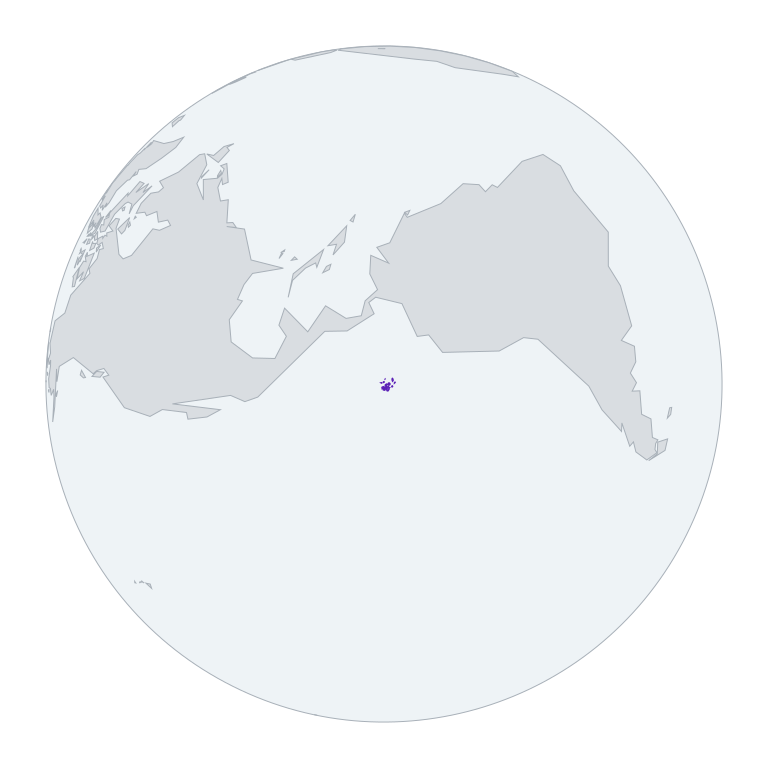 globe centered on Galápagos, rotated 298°
{"feature_id": "ECU-1270", "entity_name": "Galápagos", "entity_type": "Province", "adm_level": 1, "iso_a3": "ECU", "parent_name": "Ecuador", "parent_adm1": "", "projection": "orthographic", "projection_center": [-90.747, 0.131], "detail": "medium", "context": "on_globe", "style": "filled", "palette": "violet", "viewbox_px": 768, "rotation_deg": 298, "n_neighbors": 0, "source": "natural_earth", "source_scale": "10m", "svg_char_len": 8429}
<svg xmlns="http://www.w3.org/2000/svg" viewBox="0 0 768 768"><g transform="rotate(298 384 384)"><circle cx="384" cy="384" r="338" fill="#eef3f6" stroke="#a8b0b8"/><path d="M59.3,477.5L60.0,480.0L60.1,480.3L59.3,477.5ZM456.7,335.9L448.8,332.3L441.4,342.3L413.5,326.5L402.7,307.0L313.2,278.7L303.1,269.4L301.9,253.9L267.1,206.5L284.5,251.6L271.8,243.2L260.9,227.4L266.1,223.0L257.4,200.3L245.5,192.6L241.2,165.9L258.2,132.6L262.6,136.9L266.2,129.4L260.9,124.0L256.5,122.4L261.5,97.3L247.1,89.0L232.5,94.1L243.6,87.8L209.2,104.0L194.9,109.3L217.2,98.9L224.3,94.8L217.7,95.5L223.5,91.5L223.6,90.0L231.1,85.5L243.6,81.0L248.7,78.4L243.7,79.2L248.2,76.2L254.7,75.1L263.1,70.0L285.4,63.9L296.8,68.9L315.4,65.7L343.6,72.4L347.2,69.5L360.1,71.8L369.1,69.7L371.8,72.6L376.7,68.7L372.5,66.5L373.3,64.4L378.2,63.3L382.5,66.3L380.6,67.3L384.4,67.8L384.4,69.9L387.2,68.3L391.8,72.8L394.6,67.0L404.3,69.5L405.4,73.0L395.7,74.3L374.0,89.1L372.0,94.9L379.0,100.7L412.5,107.1L414.3,113.6L423.8,121.1L427.2,116.1L421.0,108.8L429.7,102.5L421.1,95.3L423.4,92.2L418.4,85.1L429.5,84.8L443.0,88.6L447.8,94.8L453.8,97.1L457.7,90.7L474.7,103.1L499.9,113.5L503.1,117.6L494.4,124.6L473.1,124.7L461.7,138.1L479.7,128.5L487.5,140.4L493.2,142.5L498.9,141.9L500.0,137.3L504.9,141.7L489.0,151.7L484.3,147.8L489.4,144.3L479.5,145.0L468.8,153.7L473.6,160.0L452.5,169.6L455.6,174.7L452.8,180.2L449.2,171.2L455.3,188.1L431.1,208.4L439.0,240.8L419.9,216.0L406.1,213.7L389.9,214.9L390.9,220.0L368.1,217.2L349.4,229.3L345.3,255.7L355.3,275.7L380.3,275.4L386.6,263.6L404.3,260.6L394.3,292.2L425.6,295.7L424.1,319.7L433.6,331.9L448.6,328.3L464.3,334.0L474.5,319.8L491.4,311.9L492.9,331.4L501.3,313.5L511.4,322.8L544.3,321.8L542.1,326.3L570.0,349.5L598.0,359.8L604.6,374.3L601.4,383.3L610.7,386.0L610.8,391.9L645.4,401.4L661.3,416.6L659.5,437.3L643.7,460.8L623.4,510.7L593.4,526.7L581.8,546.6L551.6,575.4L533.9,573.1L534.9,587.4L521.8,595.9L509.3,596.4L503.7,606.3L494.2,606.5L498.1,613.1L478.2,625.7L478.5,636.1L462.8,646.1L463.3,652.0L459.0,651.8L453.4,654.0L451.4,657.2L440.3,651.7L442.3,638.3L450.0,631.4L444.4,630.2L461.3,612.3L453.6,616.0L463.5,588.7L478.3,565.8L495.8,498.9L490.5,485.5L467.2,470.2L439.4,420.9L448.3,400.4L441.6,391.0L463.4,362.1L456.7,335.9ZM94.4,274.8L96.4,267.3L97.6,271.5L94.4,274.8ZM96.1,263.1L95.7,265.6L95.7,263.6L96.1,263.1ZM95.1,262.0L95.8,262.8L94.7,262.6L95.1,262.0ZM93.4,261.5L94.4,261.4L94.2,261.7L93.4,261.5ZM438.7,252.1L474.4,267.5L455.5,269.9L458.8,266.8L449.5,260.3L432.5,254.6L415.5,258.7L438.7,252.1ZM91.8,258.3L91.5,257.3L92.7,256.5L91.8,258.3ZM451.6,233.5L445.5,232.4L451.3,232.1L451.6,233.5ZM253.6,122.6L260.2,124.4L262.9,131.3L256.7,130.1L253.6,122.6ZM249.4,111.5L254.1,110.5L249.6,117.4L248.3,115.8L249.4,111.5ZM220.7,99.3L225.0,98.9L218.9,100.8L220.7,99.3ZM222.3,90.6L219.2,92.2L220.6,90.8L222.3,90.6ZM412.6,85.9L415.4,85.6L414.9,87.0L412.6,85.9ZM407.7,83.5L405.1,85.6L402.4,84.7L404.1,83.5L407.7,83.5ZM233.4,83.0L236.6,80.9L235.5,82.2L233.4,83.0ZM411.6,81.3L397.9,83.1L393.3,81.8L395.8,76.2L411.6,81.3ZM239.8,79.1L247.2,75.0L241.1,77.8L262.7,68.6L249.2,74.5L248.9,75.4L245.0,76.7L239.8,79.1ZM369.1,66.4L373.7,68.6L365.3,68.0L369.1,66.4ZM363.5,66.7L336.5,69.8L332.2,66.8L342.1,66.0L332.7,63.6L343.9,60.5L351.5,61.1L352.1,63.5L355.9,60.7L363.5,66.7ZM273.5,64.7L277.1,63.4L275.7,64.0L273.5,64.7ZM372.9,63.5L367.9,64.1L363.7,61.4L373.1,59.8L371.4,61.1L372.9,63.5ZM324.8,64.9L323.4,63.1L332.0,59.9L332.6,58.9L343.7,60.2L324.8,64.9ZM374.9,61.2L377.9,59.2L384.4,59.6L377.6,62.8L374.9,61.2ZM358.7,61.5L357.2,60.3L361.1,60.3L358.7,61.5ZM409.0,61.4L403.0,61.4L400.3,59.9L409.0,61.4ZM378.7,58.4L376.4,58.3L374.7,57.9L378.0,56.8L378.7,58.4ZM349.0,58.2L352.9,57.5L344.9,57.4L351.0,55.6L357.4,57.1L357.2,55.7L359.1,55.2L362.1,57.1L349.0,58.2ZM376.2,54.7L386.3,56.9L397.9,56.7L400.6,57.9L381.4,58.0L376.2,54.7ZM367.7,55.8L373.5,55.3L373.9,56.7L370.1,58.0L367.7,55.8ZM352.9,54.1L341.9,56.4L340.9,56.1L352.9,54.1ZM379.5,54.3L376.9,53.8L380.2,54.1L379.5,54.3ZM361.0,53.6L357.2,54.4L356.2,53.9L361.0,53.6ZM375.1,52.6L378.3,53.1L375.9,53.8L375.1,52.6ZM368.6,52.8L368.0,52.1L373.0,53.7L367.0,53.2L368.6,52.8ZM360.6,53.1L358.8,53.1L362.4,52.9L360.6,53.1ZM382.5,50.1L389.4,52.1L383.9,53.4L378.0,51.2L382.5,50.1ZM457.3,663.3L440.6,653.7L450.6,658.1L461.2,653.0L468.7,660.2L457.3,663.3ZM486.9,650.2L497.1,647.4L498.4,649.0L491.7,651.4L486.9,650.2ZM647.9,172.9L654.9,182.2L656.7,185.7L651.6,181.3L628.2,153.5L627.0,149.2L618.7,140.9L606.6,130.2L607.2,130.4L602.2,126.0L601.5,125.4L625.9,148.0L647.9,172.9ZM263.6,68.3L262.7,68.6L241.1,77.8L240.3,78.1L263.6,68.3ZM228.6,83.9L226.9,84.8L228.6,83.9ZM720.3,350.6L718.3,358.4L713.4,343.8L696.7,298.3L693.7,279.2L685.1,258.2L657.1,186.6L660.2,189.4L659.0,187.7L672.9,208.7L685.1,230.6L695.7,253.4L704.5,277.0L711.6,301.1L716.9,325.7L720.3,350.6ZM677.2,221.1L680.4,227.2L680.5,227.2L677.2,221.1ZM545.3,321.6L549.4,325.3L544.3,325.5L545.3,321.6ZM453.5,277.7L460.8,278.0L464.8,280.9L459.4,282.0L453.5,277.7ZM512.5,277.3L520.4,279.0L512.5,280.6L512.5,277.3ZM479.8,269.6L506.2,276.8L490.7,282.5L474.0,278.4L485.1,276.5L479.8,269.6ZM449.7,244.1L454.3,245.4L453.4,248.8L449.7,244.1ZM455.8,233.4L454.1,233.7L451.5,231.1L455.8,233.4ZM488.4,139.8L489.8,139.2L495.9,139.6L493.8,141.5L488.4,139.8ZM518.6,131.3L525.8,138.7L519.2,134.3L517.6,137.8L501.8,133.7L503.9,119.5L505.8,126.3L518.6,131.3ZM481.3,125.7L491.1,129.0L480.2,126.1L481.3,125.7ZM575.8,106.8L579.2,108.7L585.8,113.6L590.2,118.4L580.8,111.1L575.8,106.8ZM596.6,121.3L599.7,124.6L594.5,119.8L591.4,117.8L582.5,110.7L563.3,98.0L559.7,95.5L565.0,98.9L564.6,98.4L572.9,104.0L581.0,109.4L596.6,121.3ZM520.3,79.4L511.9,76.4L515.1,74.3L522.6,77.5L527.5,81.7L521.5,80.5L520.3,79.4ZM418.7,72.2L415.3,73.0L414.1,71.9L416.0,70.3L418.7,72.2ZM406.4,61.5L432.4,68.4L429.8,69.4L448.2,73.5L448.5,78.0L436.6,75.0L450.5,82.2L439.9,81.3L450.1,86.2L423.6,78.9L414.6,79.1L424.5,76.9L424.5,72.6L421.8,70.8L407.4,66.4L388.1,65.9L385.0,62.4L387.9,60.2L392.1,59.7L392.8,61.9L397.9,59.8L402.1,62.7L406.4,61.5ZM424.2,48.8L423.2,49.3L434.1,50.0L438.4,51.1L439.4,51.1L446.3,52.6L456.5,54.8L457.0,55.3L460.7,56.0L465.4,57.4L470.7,58.8L473.5,60.4L480.2,62.4L477.7,62.1L488.5,65.2L481.7,63.8L487.1,66.1L490.8,66.3L493.0,76.8L499.1,84.0L507.9,91.3L495.1,89.1L478.7,81.5L462.4,72.8L458.4,66.8L453.3,67.5L449.9,65.0L455.3,65.5L444.9,63.5L443.5,61.8L429.0,57.0L414.8,56.2L409.2,54.9L414.0,54.4L405.0,53.6L410.3,52.0L406.4,51.2L407.7,49.4L419.4,49.7L414.1,48.9L414.9,48.2L424.2,48.8ZM383.3,49.6L396.2,48.5L405.0,49.0L399.0,52.1L401.8,53.0L398.3,56.0L385.7,55.6L387.9,54.7L387.1,53.8L391.3,54.2L387.3,53.2L390.2,52.0L387.8,51.1L392.7,50.9L383.3,49.6ZM59.8,479.2L59.3,477.5L60.1,480.3L60.2,480.5L59.8,479.2ZM274.8,64.2L276.9,63.5L273.1,64.8L274.4,64.4L274.8,64.2Z" fill="#d9dde1" stroke="#a8b0b8" stroke-width="1"/><path d="M383.3,388.8L383.7,389.2L383.5,389.3L383.3,389.9L383.3,390.2L383.2,390.1L382.9,390.5L382.5,390.5L381.6,390.9L380.2,390.8L379.9,390.7L379.9,390.3L379.7,390.3L379.5,390.1L379.8,389.5L380.7,388.8L381.1,388.7L381.6,388.8L382.0,388.2L381.6,387.9L381.3,387.6L381.1,387.0L380.3,386.4L380.1,386.1L380.1,385.9L380.3,385.9L380.1,385.6L380.0,384.9L379.7,384.8L379.2,385.1L379.0,384.9L378.9,384.8L379.5,384.4L379.6,384.1L379.8,384.2L380.3,383.9L380.6,384.0L380.8,384.6L381.1,384.8L381.3,384.8L381.5,386.1L381.8,386.4L381.8,386.5L382.5,387.0L382.8,387.3L382.8,387.8L382.6,388.2L382.8,388.4L383.1,388.5L383.3,388.7L383.3,388.8ZM387.0,387.9L387.3,388.0L387.2,388.8L386.9,389.2L386.6,389.2L386.4,389.4L385.9,389.3L385.6,388.9L385.2,388.8L385.3,388.1L385.7,387.8L386.0,387.8L386.9,387.6L387.0,387.7L387.0,387.9ZM380.1,387.4L379.5,387.7L378.9,387.5L378.7,387.0L378.6,386.5L379.1,386.5L379.7,386.2L379.8,386.3L380.2,386.6L380.1,387.4ZM392.1,388.8L392.8,388.8L392.7,389.3L392.3,389.6L392.1,389.7L391.8,390.2L391.1,390.4L390.6,390.2L391.1,389.8L391.1,389.6L391.5,389.5L391.9,389.0L392.1,388.8ZM385.1,386.5L384.8,387.0L384.0,386.9L383.7,386.7L383.6,386.8L383.4,386.4L383.5,386.0L383.5,385.7L383.8,385.6L384.7,386.0L385.2,386.4L385.1,386.5ZM386.2,392.2L386.2,392.3L385.9,392.7L385.6,392.7L385.3,392.5L385.6,392.0L386.2,392.2ZM385.4,383.1L385.2,382.9L385.4,382.6L385.8,382.7L386.0,382.9L385.7,383.2L385.4,383.1ZM390.4,392.7L390.7,392.9L390.7,393.0L390.3,393.0L389.8,392.8L390.0,392.7L390.4,392.7ZM383.7,380.9L383.9,381.1L384.0,381.3L383.9,381.5L383.7,381.4L383.7,380.9ZM388.7,382.8L388.8,382.8L388.7,383.0L388.7,382.9L388.7,382.8Z" fill="#8b5cf6" stroke="#5b21b6" stroke-width="1.5"/></g></svg>